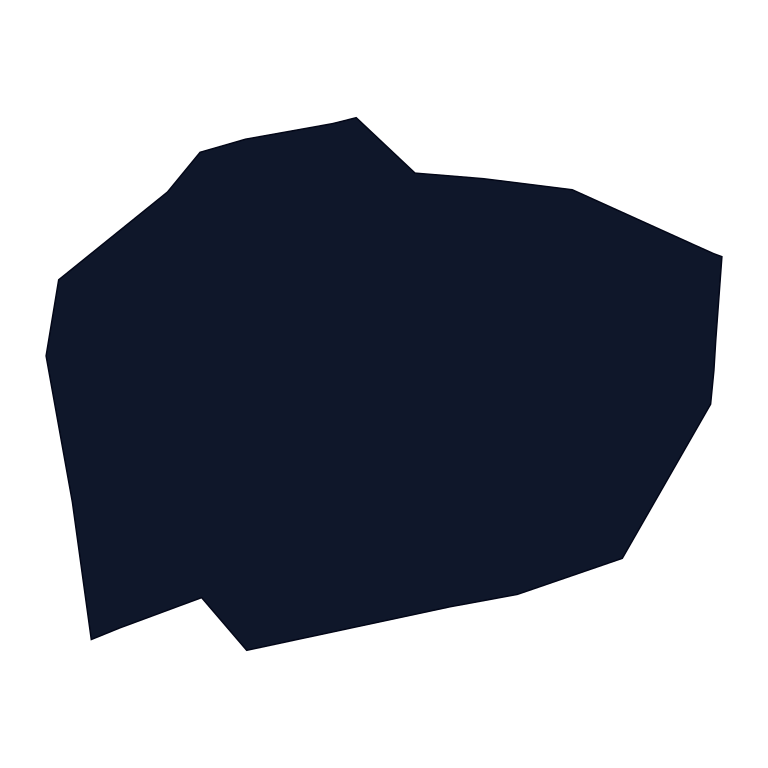 Govi-Ugtaal, Dundgovi, Mongolia (Mercator projection), rotated 270°
{"feature_id": "93677404B40733241475211", "entity_name": "Govi-Ugtaal", "entity_type": "district", "adm_level": 2, "iso_a3": "MNG", "parent_name": "Mongolia", "parent_adm1": "Dundgovi", "projection": "mercator", "projection_center": [107.52, 45.999], "detail": "fine", "context": "isolated", "style": "filled", "palette": "ink", "viewbox_px": 768, "rotation_deg": 270, "n_neighbors": 0, "source": "geoboundaries", "source_scale": "gbopen_adm2", "svg_char_len": 467}
<svg xmlns="http://www.w3.org/2000/svg" viewBox="0 0 768 768"><g transform="rotate(270 384 384)"><path d="M650.3,356.2L644.4,332.7L628.8,245.5L615.7,200.1L576.0,167.5L488.2,58.7L412.1,46.1L265.8,72.4L128.5,91.3L140.0,119.5L170.4,201.6L117.7,246.7L161.2,449.9L173.6,517.3L209.7,622.3L363.8,710.6L397.5,713.9L427.0,715.7L511.3,721.9L514.4,713.5L523.7,692.8L578.2,572.4L589.3,483.5L594.9,415.0L650.3,356.2Z" fill="#0f172a" stroke="#020617" stroke-width="1.5"/></g></svg>